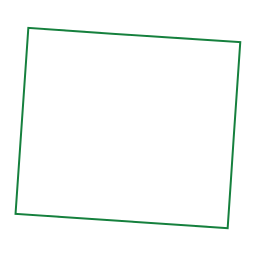 Tama, Iowa, United States of America (Robinson projection), rotated 94°
{"feature_id": "52423323B19470112440240", "entity_name": "Tama", "entity_type": "district", "adm_level": 2, "iso_a3": "USA", "parent_name": "United States of America", "parent_adm1": "Iowa", "projection": "robinson", "projection_center": [-92.546, 42.08], "detail": "fine", "context": "isolated", "style": "outline", "palette": "green", "viewbox_px": 256, "rotation_deg": 94, "n_neighbors": 0, "source": "geoboundaries", "source_scale": "gbopen_adm2", "svg_char_len": 264}
<svg xmlns="http://www.w3.org/2000/svg" viewBox="0 0 256 256"><g transform="rotate(94 128 128)"><path d="M221.5,234.2L221.0,21.6L174.1,21.7L127.7,21.9L34.5,22.0L34.7,64.3L35.1,150.0L35.1,234.4L221.5,234.2Z" fill="none" stroke="#15803d" stroke-width="2"/></g></svg>